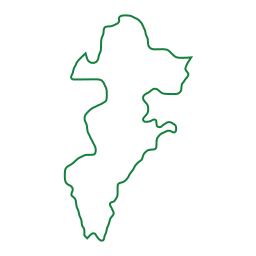 the district of Tenares, Hermanas, Dominican Republic
{"feature_id": "3306468B80209753736626", "entity_name": "Tenares", "entity_type": "district", "adm_level": 2, "iso_a3": "DOM", "parent_name": "Dominican Republic", "parent_adm1": "Hermanas", "projection": "orthographic", "projection_center": [-70.314, 19.443], "detail": "fine", "context": "isolated", "style": "outline", "palette": "green", "viewbox_px": 256, "rotation_deg": 0, "n_neighbors": 0, "source": "geoboundaries", "source_scale": "gbopen_adm2", "svg_char_len": 4935}
<svg xmlns="http://www.w3.org/2000/svg" viewBox="0 0 256 256"><path d="M191.2,57.4L186.8,57.7L182.4,57.8L179.5,57.8L177.4,57.5L176.1,57.1L174.8,56.4L173.2,55.0L170.1,52.0L169.1,51.0L167.9,50.2L166.6,49.6L165.2,49.4L163.0,49.2L156.2,49.3L154.0,49.3L152.6,49.1L151.9,48.9L150.7,48.4L150.2,48.0L149.3,47.1L148.6,46.0L148.4,45.4L148.1,44.0L147.8,39.7L147.5,38.3L146.0,34.9L145.7,33.7L145.2,31.1L144.8,29.9L143.2,26.6L142.2,24.2L141.5,23.2L140.7,22.1L139.2,20.5L138.1,19.6L136.9,18.8L134.6,17.8L132.4,16.6L131.3,16.1L129.2,15.6L126.3,15.4L124.1,15.4L122.1,15.6L120.8,16.0L119.8,16.7L119.2,17.5L118.9,18.5L118.9,18.9L119.2,20.5L119.1,21.4L118.6,22.3L117.8,23.1L117.4,23.5L113.0,25.6L111.9,26.0L110.6,26.3L107.5,26.5L106.3,26.7L105.2,27.1L104.8,27.5L104.4,28.0L104.1,28.5L103.8,29.6L103.5,32.7L103.3,34.0L102.9,35.2L101.7,37.9L101.4,39.3L101.1,42.1L101.0,47.9L100.9,49.4L100.7,50.8L100.3,52.0L99.1,54.7L98.7,56.0L98.3,58.5L97.9,59.7L97.2,60.8L96.4,61.7L95.3,62.4L94.7,62.6L94.1,62.8L92.8,62.9L91.5,62.7L90.8,62.6L90.2,62.3L89.1,61.6L88.7,61.2L87.9,60.3L87.3,59.1L86.2,55.7L85.6,53.3L81.9,56.8L79.3,59.4L77.8,61.1L76.6,62.8L75.6,65.2L73.9,68.4L73.5,69.7L72.8,72.8L72.3,73.9L71.6,75.4L71.2,76.3L71.1,77.5L71.3,78.0L71.6,78.6L72.1,79.0L72.6,79.2L73.2,79.4L74.5,79.5L96.6,79.3L98.8,79.5L100.1,79.8L100.8,80.0L101.4,80.3L102.3,81.1L103.1,82.0L103.5,82.5L106.1,88.1L106.5,89.5L106.7,90.9L106.8,96.0L106.7,98.1L106.5,99.4L106.1,100.6L105.8,101.1L105.4,101.5L101.5,103.9L98.0,105.4L95.3,106.8L93.0,107.8L91.8,108.5L89.5,110.4L87.0,112.9L85.6,114.6L85.0,115.8L84.8,116.5L84.6,117.8L84.7,119.8L85.0,121.0L86.3,123.7L86.7,124.9L87.0,126.9L87.4,130.2L87.8,132.1L88.3,133.2L89.5,135.4L90.5,137.8L92.3,141.0L93.4,143.3L94.8,146.0L95.3,147.2L95.7,149.1L95.7,151.1L95.5,152.3L95.1,153.4L94.7,153.9L94.2,154.3L93.0,154.7L91.7,154.8L86.8,154.9L84.7,155.2L83.6,155.7L81.4,156.8L79.1,157.9L78.0,158.6L76.9,159.5L73.4,162.7L71.8,164.0L70.3,165.0L68.1,166.1L67.1,166.8L66.3,167.7L65.6,168.7L65.4,169.4L65.0,170.8L64.8,173.6L64.8,177.2L65.0,179.4L65.4,181.4L66.0,182.6L66.8,183.6L68.2,184.7L69.8,185.4L70.8,186.0L71.6,186.8L72.0,187.3L72.5,188.3L72.7,188.9L72.7,190.1L72.4,191.2L71.8,192.6L71.5,193.5L71.4,194.6L71.5,195.1L71.7,195.6L72.0,196.0L73.6,197.3L74.4,198.0L75.1,199.0L75.6,200.2L75.9,201.5L76.5,205.9L76.8,207.2L78.3,210.6L79.5,215.7L81.0,219.0L81.4,220.4L81.9,224.5L82.2,225.7L82.5,226.3L83.6,227.9L84.1,229.0L84.4,231.0L84.4,235.5L87.2,238.3L89.6,235.7L91.1,234.3L92.1,233.6L92.7,233.4L93.3,233.3L93.9,233.3L94.4,233.5L94.9,233.7L95.3,234.1L96.5,236.0L97.6,237.6L98.9,239.1L99.8,239.9L100.9,240.5L101.5,240.6L102.1,240.6L102.7,240.5L103.2,240.2L103.6,239.7L104.0,238.7L104.6,235.9L105.8,233.2L106.2,232.0L106.9,228.8L107.2,227.5L108.5,224.8L108.9,223.6L109.9,219.8L110.4,218.6L111.1,217.5L112.7,215.5L113.4,214.5L113.6,213.9L113.7,213.3L113.5,212.2L111.6,208.0L110.2,205.6L110.0,204.5L110.0,203.9L110.1,203.4L110.4,202.9L110.8,202.6L111.7,202.2L113.6,201.6L114.5,201.0L116.3,198.1L117.2,196.5L117.5,195.1L117.6,193.7L117.6,186.5L117.8,185.2L118.2,184.1L118.6,183.6L119.1,183.3L119.6,183.0L122.3,182.3L122.9,182.1L124.1,181.5L125.7,180.2L127.1,178.7L128.3,177.0L129.7,174.1L133.4,169.2L134.8,166.3L135.5,165.3L136.7,163.9L138.1,162.5L139.5,161.4L140.9,160.4L141.7,159.7L142.2,158.7L143.0,155.9L143.5,154.7L144.2,153.5L145.6,152.0L147.2,150.7L148.4,150.1L149.7,149.8L154.0,149.4L155.1,149.0L155.5,148.6L155.9,148.1L156.2,147.5L156.4,146.3L156.6,140.7L156.8,139.3L157.0,138.7L157.3,138.0L158.1,136.9L158.9,135.8L159.9,134.8L161.0,133.9L162.2,133.2L166.6,131.2L167.7,130.8L169.0,130.7L170.2,130.9L172.5,132.1L173.5,132.4L174.0,132.4L174.6,132.3L175.1,132.0L175.5,131.5L175.8,131.0L176.0,130.5L176.2,128.7L176.0,126.9L175.6,125.7L175.2,125.2L174.3,124.4L171.9,122.9L170.8,122.4L169.6,122.1L168.9,122.1L168.3,122.2L167.1,122.5L163.2,124.9L161.4,126.6L160.4,127.0L159.3,127.1L158.2,126.9L157.7,126.7L157.2,126.3L156.9,125.8L156.6,124.8L156.4,122.0L156.2,120.9L156.0,120.4L155.7,120.0L155.2,119.7L154.7,119.5L154.1,119.5L153.6,119.6L152.6,119.9L151.2,120.8L150.1,121.2L148.8,121.6L147.5,121.7L146.3,121.8L145.1,121.7L144.6,121.6L144.1,121.3L143.6,120.9L143.3,120.4L143.1,119.8L143.1,119.2L143.2,118.6L143.8,117.6L146.4,114.7L147.2,113.6L147.5,113.0L147.7,112.4L148.1,111.1L148.2,109.1L148.1,107.0L147.8,105.7L147.5,105.1L146.8,103.9L144.2,100.9L143.5,99.8L143.1,98.6L143.1,97.3L143.2,96.7L143.8,95.6L144.2,95.2L145.1,94.4L146.1,93.7L148.4,92.6L152.6,89.4L153.8,88.9L154.4,88.8L155.7,88.8L156.9,89.2L158.0,89.9L160.5,92.0L161.6,92.8L162.9,93.4L164.2,93.7L166.3,93.9L168.5,94.0L173.5,94.1L175.7,94.0L177.0,93.8L177.7,93.7L178.3,93.4L179.4,92.7L180.2,91.9L180.6,91.4L181.1,90.2L181.3,88.9L181.7,85.2L182.0,84.1L182.2,83.6L183.5,82.1L185.1,79.6L187.1,77.2L187.8,76.2L188.1,75.6L188.3,75.1L188.3,74.5L188.3,73.9L187.8,72.8L186.4,71.0L185.8,70.0L185.5,69.5L185.4,68.9L185.4,68.4L185.7,67.3L187.3,63.5L191.2,57.4Z" fill="none" stroke="#15803d" stroke-width="2"/></svg>